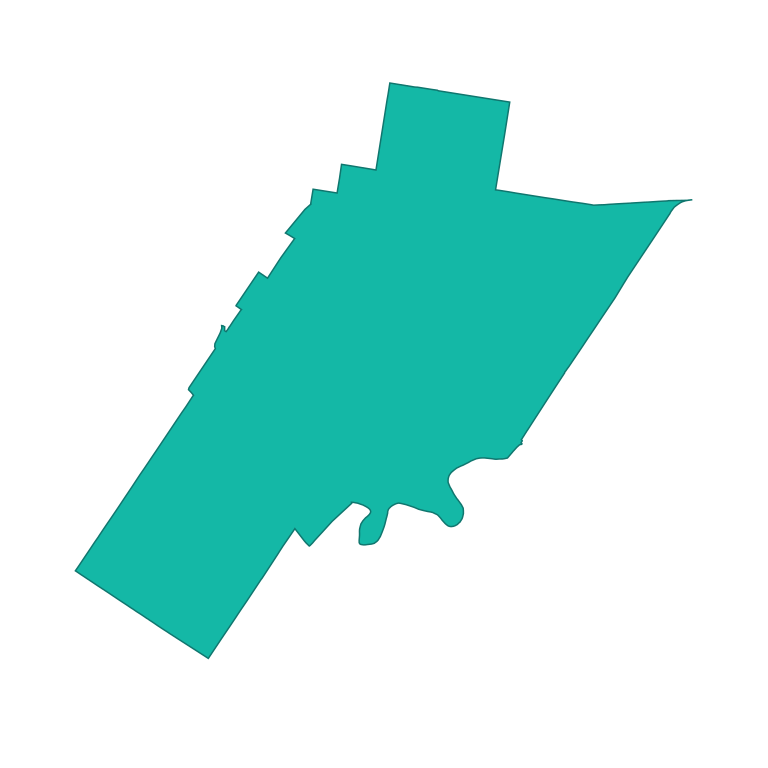 Ciochina, Ialomita, Romania (Albers equal-area conic projection), rotated 189°
{"feature_id": "2599482B22569016944723", "entity_name": "Ciochina", "entity_type": "district", "adm_level": 2, "iso_a3": "ROU", "parent_name": "Romania", "parent_adm1": "Ialomita", "projection": "albers", "projection_center": [27.026, 44.577], "detail": "fine", "context": "isolated", "style": "filled", "palette": "teal", "viewbox_px": 768, "rotation_deg": 189, "n_neighbors": 0, "source": "geoboundaries", "source_scale": "gbopen_adm2", "svg_char_len": 5246}
<svg xmlns="http://www.w3.org/2000/svg" viewBox="0 0 768 768"><g transform="rotate(189 384 384)"><path d="M553.5,416.3L552.9,413.7L553.3,411.5L553.8,408.8L554.8,405.5L555.5,403.3L556.7,399.4L557.3,397.4L557.1,394.5L556.1,392.6L575.6,350.7L576.0,349.8L576.2,347.8L575.1,347.0L573.1,345.5L570.4,343.1L570.9,342.2L576.0,330.8L579.5,323.6L598.3,282.9L601.8,275.5L603.9,270.9L606.2,266.0L607.4,263.4L610.8,256.3L617.1,242.4L620.1,235.9L621.6,232.7L626.5,222.0L629.0,216.6L633.8,206.4L635.2,203.5L638.3,196.9L641.8,189.3L642.1,188.5L644.4,183.8L645.4,181.7L648.8,174.3L652.2,167.0L657.1,156.4L659.6,151.2L657.4,150.2L653.4,148.3L650.5,147.0L647.3,145.5L640.7,142.5L639.0,141.7L634.5,139.6L624.0,134.9L618.0,132.1L612.6,129.6L608.2,127.6L604.2,125.8L599.3,123.5L596.3,122.2L593.0,120.6L588.6,118.7L584.9,117.0L581.6,115.4L580.5,115.0L578.5,114.0L576.0,112.9L572.8,111.4L569.5,109.8L563.3,107.0L558.5,104.9L557.7,104.5L557.1,104.2L514.6,85.5L504.9,106.6L498.2,120.9L493.2,131.7L493.2,131.8L489.8,139.2L485.5,148.3L474.5,172.4L474.3,172.5L462.6,198.6L460.9,202.6L459.6,205.5L458.6,207.8L454.1,217.2L449.6,226.7L449.4,227.2L438.4,216.8L436.2,214.9L432.5,212.3L431.8,212.9L429.7,215.8L427.9,218.8L420.8,229.5L413.7,240.3L397.2,261.2L397.6,262.1L395.7,262.3L393.5,262.2L391.4,262.2L389.3,261.8L385.8,261.2L382.3,260.0L380.4,259.2L378.6,258.1L377.7,257.1L377.2,256.0L377.2,255.3L377.3,254.5L378.0,253.0L378.6,252.1L379.8,250.5L381.3,248.9L383.4,245.6L384.9,242.2L385.2,239.4L385.4,236.9L385.2,234.8L384.8,232.6L384.5,230.7L384.3,228.4L384.1,225.8L383.7,223.5L383.3,222.8L382.7,222.2L381.7,221.9L380.7,221.9L379.1,221.9L377.0,222.3L375.5,222.8L374.0,223.2L371.2,224.0L369.4,224.8L368.6,225.2L367.6,226.3L366.8,227.0L366.0,228.0L365.2,229.3L364.7,230.7L363.8,232.7L362.6,237.8L362.1,240.3L361.6,242.8L361.2,245.7L361.0,248.0L360.8,250.3L360.7,251.7L360.5,253.1L360.3,255.6L360.2,257.2L360.4,258.4L360.2,260.1L359.6,261.8L357.9,264.1L356.3,265.6L355.2,266.4L354.1,267.2L352.9,267.9L350.9,268.7L348.8,268.7L343.4,268.3L339.1,267.6L334.9,266.9L330.2,265.7L325.2,265.2L320.9,264.9L317.9,264.9L315.7,264.7L314.2,264.2L311.0,263.3L310.0,262.7L307.6,260.8L306.8,260.1L305.3,258.6L301.7,255.7L300.4,254.9L299.3,254.3L298.5,253.9L297.5,253.7L296.4,253.6L295.2,253.7L293.2,254.3L291.7,255.1L289.6,256.7L289.3,257.1L289.1,257.4L288.5,258.2L288.1,258.7L287.6,259.2L287.2,259.8L287.0,260.4L286.6,261.3L286.0,262.7L285.7,263.8L285.5,265.2L285.3,268.5L285.8,271.5L286.4,273.8L288.7,276.9L293.2,281.4L294.3,282.3L295.5,283.7L296.9,285.2L298.4,287.0L299.3,288.3L301.1,290.7L302.7,292.6L304.0,294.7L305.3,296.9L305.6,298.5L305.8,300.6L305.6,302.5L305.3,304.0L304.5,305.7L303.7,307.2L301.4,309.9L299.1,312.3L295.4,314.9L293.2,316.2L291.3,317.6L288.2,319.8L286.2,321.5L283.3,323.3L281.2,324.6L277.9,325.8L276.2,326.2L273.3,326.7L271.3,326.8L267.4,327.0L264.9,327.1L263.2,327.1L261.6,327.2L258.7,327.9L255.2,328.5L253.3,329.1L250.5,330.2L246.5,336.7L246.0,337.6L245.1,338.9L242.9,342.3L241.3,344.3L241.2,344.5L240.9,344.8L240.5,345.2L240.1,345.4L239.8,345.5L239.6,345.6L238.9,345.8L238.7,345.9L238.4,346.3L238.4,346.6L238.8,346.9L239.0,346.9L239.3,347.1L239.4,347.4L239.4,347.5L239.3,347.8L238.9,348.7L238.7,349.0L238.6,349.6L239.6,350.5L235.2,360.7L235.1,360.8L219.9,395.2L213.6,409.3L207.3,423.3L207.4,423.9L206.4,425.6L206.0,426.5L205.1,428.3L204.1,430.2L193.7,452.5L190.2,460.2L185.1,471.1L178.9,484.6L172.1,499.2L169.3,505.2L163.0,520.6L160.7,526.1L160.1,527.6L149.4,550.9L140.2,570.9L130.4,592.4L129.1,595.3L128.4,596.7L128.1,597.6L127.6,599.1L125.1,603.9L124.6,604.5L123.2,606.0L121.5,607.7L119.4,609.6L118.1,610.5L115.2,612.0L113.3,612.7L109.7,613.8L108.3,614.2L110.0,613.8L111.0,613.5L112.2,613.2L113.3,612.8L116.3,612.3L120.8,611.5L122.7,611.2L132.1,609.5L132.5,609.2L135.9,608.5L141.5,607.3L151.5,605.0L155.5,604.2L159.5,603.3L168.1,601.4L168.3,601.3L176.4,599.6L181.9,598.4L184.6,597.8L185.9,597.5L189.6,596.7L194.5,595.5L199.8,594.5L200.2,594.4L204.9,593.4L207.7,593.5L207.9,593.5L213.6,593.5L216.6,593.5L220.3,593.4L221.4,593.4L227.0,593.3L234.3,593.3L238.0,593.3L241.1,593.3L245.3,593.3L246.3,593.3L254.4,593.2L260.1,593.2L266.7,593.2L270.8,593.2L276.7,593.2L283.4,593.2L290.4,593.3L299.1,593.3L299.9,593.3L300.4,593.3L304.2,593.2L303.9,648.2L303.9,651.4L303.9,653.0L303.9,664.9L303.9,665.8L303.9,670.8L303.9,681.0L303.9,682.1L309.1,682.1L318.5,682.1L328.0,682.1L340.0,682.1L366.3,682.1L376.3,682.1L377.2,682.5L383.6,682.4L393.4,682.4L394.8,682.4L397.3,682.4L399.0,682.2L400.7,682.1L425.3,682.2L425.3,670.4L425.4,665.1L425.4,661.9L425.4,657.5L425.4,653.2L425.4,647.0L425.4,640.0L425.4,632.0L425.4,616.4L425.4,612.9L425.4,604.4L425.4,594.1L449.3,594.3L460.3,594.3L460.2,587.3L460.1,580.2L460.2,569.8L460.2,565.3L484.5,565.3L484.6,550.8L484.3,550.3L489.4,544.1L497.2,530.9L505.0,517.7L500.3,515.9L495.0,513.7L505.5,492.9L507.5,488.5L515.5,470.5L515.6,470.3L525.3,474.9L529.9,465.1L542.3,438.6L542.4,438.1L536.6,435.3L536.4,435.2L537.0,434.4L539.9,428.4L542.4,423.3L545.3,416.8L545.8,416.0L546.7,413.8L547.3,412.6L547.8,411.7L548.0,411.1L548.5,411.1L549.0,411.4L549.6,411.7L549.9,411.8L549.9,412.8L549.9,413.2L550.0,413.6L550.2,414.7L550.3,415.6L551.2,415.8L551.7,416.2L552.1,416.2L553.1,416.3L553.5,416.3Z" fill="#14b8a6" stroke="#0f766e" stroke-width="1.5"/></g></svg>